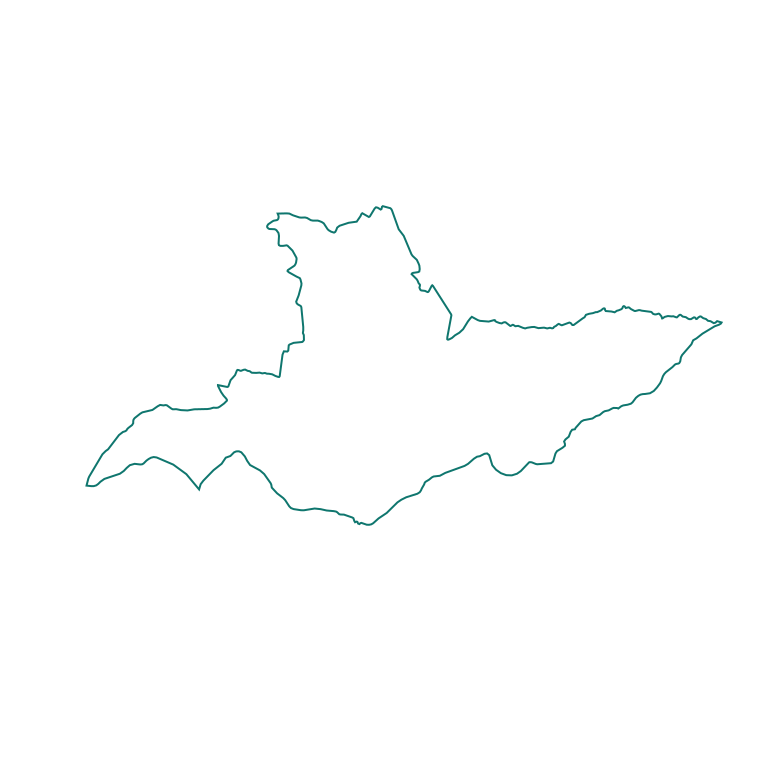 Matabeleland South, orthographic projection, rotated 315°
{"feature_id": "ZWE-530", "entity_name": "Matabeleland South", "entity_type": "Province", "adm_level": 1, "iso_a3": "ZWE", "parent_name": "Zimbabwe", "parent_adm1": "", "projection": "orthographic", "projection_center": [29.218, -20.916], "detail": "fine", "context": "isolated", "style": "outline", "palette": "teal", "viewbox_px": 768, "rotation_deg": 315, "n_neighbors": 0, "source": "natural_earth", "source_scale": "10m", "svg_char_len": 6166}
<svg xmlns="http://www.w3.org/2000/svg" viewBox="0 0 768 768"><g transform="rotate(315 384 384)"><path d="M138.5,261.5L133.8,260.7L119.2,253.4L114.4,252.6L111.3,252.6L108.8,252.2L106.6,251.0L104.6,249.0L101.8,245.5L108.1,241.8L110.1,241.0L135.2,234.6L139.8,234.6L142.7,235.1L160.5,232.7L165.4,233.3L167.6,234.4L169.0,234.7L170.5,234.3L172.4,234.3L176.8,234.9L178.9,234.4L180.6,232.8L181.7,232.1L182.7,231.9L183.7,231.8L190.6,232.6L193.1,233.2L201.9,238.6L208.2,239.7L210.9,240.5L212.9,243.2L214.6,244.4L215.4,245.5L216.3,251.3L216.8,252.6L219.3,254.9L221.9,258.8L226.4,263.8L231.9,267.7L241.5,276.9L243.6,278.5L246.6,280.1L248.7,282.4L250.1,283.4L251.9,283.9L257.1,284.7L261.2,284.7L261.8,284.0L262.1,282.6L262.3,278.8L263.1,274.5L264.9,269.0L265.3,267.9L265.8,267.4L271.1,275.3L271.8,275.6L272.3,275.6L278.2,272.8L285.0,272.4L289.4,270.5L290.3,270.4L291.0,271.2L291.8,273.1L292.3,273.6L294.8,274.7L296.0,275.6L296.9,278.3L298.1,280.0L298.4,282.3L298.8,282.9L301.5,285.8L304.1,288.0L305.4,290.4L307.6,292.0L308.5,293.9L309.9,295.4L311.8,298.1L312.9,301.5L314.2,304.2L314.9,304.9L315.8,304.7L333.0,291.5L336.3,290.1L338.6,292.7L339.9,292.7L344.0,289.3L345.1,289.3L349.2,291.0L355.8,296.4L356.8,296.6L358.5,296.3L361.9,292.7L362.7,290.6L364.8,289.0L367.2,286.6L379.8,271.3L380.2,270.4L380.2,269.7L379.4,267.0L379.3,265.3L380.1,263.7L386.3,261.0L395.3,255.8L396.8,254.5L398.9,250.9L399.3,249.6L398.1,246.2L395.7,237.7L395.6,236.0L396.1,235.6L396.7,235.5L404.4,237.0L405.9,236.7L407.6,236.0L410.6,233.8L411.4,232.7L413.6,225.0L413.6,218.1L413.2,217.1L410.5,215.1L408.7,213.4L408.2,212.6L407.9,211.5L408.7,210.2L414.4,205.1L415.5,203.6L416.2,202.5L416.7,199.2L416.5,198.1L416.0,197.1L412.6,193.4L412.2,192.4L412.2,190.8L412.6,190.1L413.3,189.6L415.0,189.2L420.0,190.1L421.4,190.5L424.2,192.4L425.2,192.6L426.2,192.4L427.6,191.4L428.2,190.7L429.3,188.3L435.8,194.5L437.6,196.6L438.9,200.3L441.9,206.3L443.0,207.7L445.9,210.4L447.0,212.2L448.1,216.4L449.2,218.1L452.7,221.6L453.5,223.1L454.5,225.4L455.0,227.8L453.6,234.5L453.6,236.1L454.3,238.9L455.7,241.6L457.1,242.0L459.3,241.3L461.5,240.3L464.5,240.7L473.0,245.0L479.5,249.9L486.0,248.7L488.1,247.9L489.4,247.9L491.4,255.2L492.5,255.5L501.5,253.3L503.3,253.4L504.2,254.9L505.0,258.3L506.0,258.5L507.8,257.3L508.9,257.4L512.8,264.2L512.8,265.5L512.4,266.9L503.8,285.0L502.7,293.2L495.1,311.8L494.8,313.8L495.0,319.4L493.6,323.3L492.7,325.3L490.5,328.0L488.5,329.4L487.2,329.0L483.0,325.9L482.0,325.6L481.2,325.8L481.2,333.0L480.9,334.4L479.7,337.4L479.7,339.0L478.9,339.9L477.2,340.9L476.6,342.3L476.3,343.4L476.5,344.2L478.8,347.1L479.8,349.8L480.5,350.2L481.7,350.0L487.1,348.3L487.9,348.3L488.0,349.2L480.7,382.3L480.2,383.1L462.0,395.6L460.4,397.0L460.4,397.6L460.8,398.1L462.1,398.7L464.6,399.5L468.7,399.8L473.5,401.0L478.7,401.2L487.6,399.1L491.6,398.6L493.6,398.6L495.5,405.1L496.5,407.2L502.2,413.9L506.9,416.6L507.4,417.1L507.5,417.5L507.2,417.7L507.2,418.5L507.5,419.7L508.8,422.6L510.1,424.4L511.9,424.9L513.1,425.7L513.6,426.4L514.3,432.1L514.6,432.5L516.8,433.1L517.2,433.6L517.7,436.0L520.0,437.8L521.9,442.4L523.1,444.5L525.0,445.5L528.6,448.1L530.6,449.9L532.7,453.7L537.0,457.3L538.7,460.1L541.1,461.6L542.2,463.5L543.2,464.1L544.8,463.9L546.5,464.5L549.0,464.7L550.1,465.1L551.0,467.8L551.6,468.4L558.5,471.6L559.1,472.9L558.9,475.5L559.8,476.4L570.9,478.1L573.0,478.6L575.7,477.9L578.7,479.4L581.8,481.6L584.5,482.9L585.5,483.9L589.4,485.4L592.0,485.6L593.0,486.0L593.4,486.5L593.3,487.1L592.6,488.1L592.4,489.2L596.1,493.6L597.8,496.4L600.5,496.9L602.0,497.8L604.9,499.0L606.3,498.9L607.6,498.3L608.5,498.4L608.9,498.9L609.0,499.6L608.7,501.2L611.0,502.6L611.4,503.2L611.6,505.6L612.8,509.5L613.3,510.1L616.5,512.0L617.2,512.8L618.1,514.4L623.8,521.8L624.0,522.4L623.9,524.8L624.8,526.4L625.7,527.2L627.9,528.4L628.3,529.1L628.0,532.4L627.0,534.3L627.4,534.6L629.9,535.0L632.8,536.7L635.2,539.6L636.5,540.7L637.8,543.5L638.3,544.0L641.8,544.1L642.4,544.5L642.7,545.1L642.9,547.5L644.7,550.2L645.2,552.8L645.7,554.0L646.9,555.2L650.2,556.0L650.8,556.6L650.9,557.3L650.7,558.8L651.2,559.2L653.5,559.2L655.3,559.7L655.8,560.3L656.3,563.2L657.6,565.7L657.8,568.4L659.3,570.5L660.2,574.1L661.7,575.0L664.0,575.1L666.2,579.2L665.0,579.5L662.9,579.0L658.6,577.0L644.8,573.6L637.2,572.7L633.5,571.7L629.4,573.3L615.3,574.3L612.8,575.1L609.4,577.5L607.5,578.0L606.6,577.7L604.7,576.4L603.5,576.0L599.9,576.0L591.7,575.0L589.3,575.1L586.8,575.7L582.1,577.9L579.7,578.7L574.5,579.5L569.8,579.7L565.5,578.6L561.6,575.7L559.8,574.1L557.9,572.9L555.5,572.2L552.4,571.9L546.8,572.7L544.6,572.5L541.6,570.9L538.0,568.3L536.1,567.5L532.3,567.0L531.9,565.9L529.5,563.3L528.2,562.7L524.2,561.5L520.8,559.3L519.0,558.8L514.4,558.4L511.3,556.7L507.0,555.8L499.6,550.8L497.0,550.0L488.5,550.5L487.0,551.0L484.7,549.4L482.1,549.8L477.4,551.9L473.1,551.5L470.7,552.0L469.6,554.3L468.3,555.6L465.1,555.3L458.8,553.8L456.1,554.4L448.8,558.4L446.1,558.1L435.6,549.1L434.8,547.9L433.1,543.9L431.9,542.4L431.2,542.0L419.2,542.3L414.6,541.5L409.8,539.0L406.0,534.9L403.6,529.7L402.6,523.9L403.1,518.1L408.1,508.7L407.8,506.0L405.7,504.4L400.7,502.8L398.4,501.2L394.7,500.4L387.0,499.9L383.1,498.9L364.5,490.2L358.6,488.4L353.7,484.5L351.9,483.9L348.1,483.5L344.1,482.5L342.7,482.7L341.4,483.4L336.9,484.6L334.9,485.4L332.7,485.8L330.0,485.2L319.6,479.8L314.5,478.1L309.8,477.2L294.7,477.1L285.1,475.2L277.8,474.8L275.7,474.2L273.9,473.0L272.3,471.3L269.8,466.2L268.9,465.7L267.6,465.7L267.0,464.4L267.7,462.6L267.2,461.8L265.8,461.3L266.1,460.0L267.5,457.2L267.1,455.8L263.3,448.0L261.2,445.8L260.3,444.5L260.2,441.4L259.9,440.3L258.6,438.4L254.0,432.9L250.7,427.7L246.9,423.0L238.0,416.6L236.0,414.5L231.6,408.5L230.5,405.9L230.5,403.5L232.0,396.3L232.1,393.4L231.1,385.7L231.4,377.9L233.1,375.5L233.7,374.0L235.6,362.9L235.2,357.4L232.0,346.6L232.9,341.6L234.4,336.8L234.8,331.4L233.8,329.0L231.9,327.2L229.7,326.3L224.5,326.3L220.0,324.2L212.8,325.6L202.5,324.4L188.0,324.6L183.5,325.2L178.7,327.8L180.5,308.0L178.0,292.0L171.3,275.2L169.5,272.8L167.2,271.4L164.5,270.6L161.8,270.2L157.7,270.2L156.1,269.7L154.7,268.5L151.2,264.1L146.9,261.7L142.7,261.4L138.5,261.5Z" fill="none" stroke="#0f766e" stroke-width="2"/></g></svg>